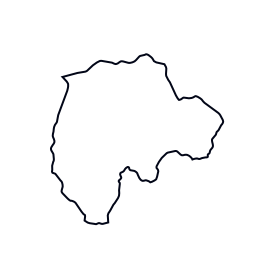 Lop Buri, orthographic projection, rotated 333°
{"feature_id": "THA-408", "entity_name": "Lop Buri", "entity_type": "Province", "adm_level": 1, "iso_a3": "THA", "parent_name": "Thailand", "parent_adm1": "", "projection": "orthographic", "projection_center": [100.946, 15.077], "detail": "fine", "context": "isolated", "style": "outline", "palette": "ink", "viewbox_px": 256, "rotation_deg": 333, "n_neighbors": 0, "source": "natural_earth", "source_scale": "10m", "svg_char_len": 3615}
<svg xmlns="http://www.w3.org/2000/svg" viewBox="0 0 256 256"><g transform="rotate(333 128 128)"><path d="M189.4,87.7L189.5,91.0L189.1,92.5L186.4,97.1L185.7,98.9L185.7,103.4L186.1,106.3L185.5,120.7L185.7,124.1L186.1,126.0L186.7,126.3L187.4,126.4L188.1,126.5L188.8,126.4L190.2,126.2L190.8,126.1L191.4,126.2L191.9,126.5L195.8,129.2L198.3,130.1L199.7,130.3L200.4,130.3L201.8,130.2L202.4,130.2L202.9,130.4L203.3,130.8L204.3,131.9L205.9,134.5L206.6,136.1L207.0,138.3L207.6,140.3L215.3,155.6L215.8,157.1L216.0,158.5L216.1,163.8L215.9,164.8L215.7,165.5L215.3,166.0L214.9,166.4L214.4,166.8L213.4,167.4L212.3,167.8L207.9,170.9L206.7,171.4L205.5,171.7L205.0,172.0L204.6,172.4L203.4,173.7L202.9,174.0L198.4,175.9L197.9,176.2L197.5,176.6L197.1,177.4L196.7,178.6L196.2,180.8L195.8,182.0L195.4,182.8L195.0,183.2L194.6,183.6L194.1,183.9L191.8,184.9L191.3,185.2L190.9,185.5L190.1,186.4L189.7,186.9L189.3,187.3L188.8,187.6L187.5,187.7L187.0,188.0L186.7,188.5L186.2,189.6L185.8,190.0L185.2,190.0L184.6,189.8L183.5,189.3L180.3,188.4L178.1,188.2L177.5,188.0L177.0,187.7L175.6,186.4L175.4,186.4L174.5,186.0L172.6,185.5L171.1,185.3L171.1,184.3L170.9,183.1L170.0,180.8L169.3,179.8L168.6,178.9L167.6,178.2L166.5,177.7L165.2,177.4L164.5,177.2L164.0,176.9L163.5,176.6L163.2,176.1L162.8,175.6L161.3,171.5L161.0,171.0L160.6,170.5L160.1,170.2L159.5,169.9L152.3,168.0L151.0,168.0L144.5,170.0L140.1,172.3L136.1,175.1L135.5,176.0L135.3,176.8L135.5,177.4L135.7,178.7L135.6,179.4L135.4,180.0L135.2,180.5L131.8,184.6L129.8,186.5L127.8,186.8L125.0,186.8L123.2,186.5L122.6,185.3L122.3,184.8L120.7,183.1L120.2,182.7L119.7,182.5L118.3,182.2L117.7,182.0L117.2,181.8L116.7,181.4L116.4,181.0L116.1,180.5L115.8,179.9L115.4,177.9L115.4,177.1L115.5,174.2L115.6,173.3L115.7,172.6L115.6,171.9L115.4,171.3L115.2,170.8L114.6,169.7L114.3,169.3L113.9,168.9L111.0,166.7L110.7,166.2L110.6,165.7L110.6,165.0L110.9,163.9L110.8,163.3L110.5,162.9L110.0,162.6L109.1,162.6L108.2,162.7L106.8,163.2L104.9,164.4L104.3,164.5L103.7,164.7L101.5,164.6L100.9,164.7L100.4,165.1L99.9,165.8L99.7,167.0L99.6,168.7L99.3,169.4L98.7,169.8L97.6,170.3L96.7,170.4L96.0,170.7L95.6,171.1L95.5,171.9L95.6,172.6L95.7,173.3L95.2,174.3L91.8,179.4L90.6,182.1L89.3,184.2L88.5,184.9L87.3,185.9L82.1,188.9L80.2,189.7L74.5,193.6L71.8,195.1L70.3,196.7L67.5,203.2L62.1,202.0L61.1,201.5L60.0,200.5L59.4,199.8L58.6,199.4L55.9,199.2L54.0,197.8L50.6,195.4L49.1,193.9L47.3,190.8L49.7,187.2L50.1,186.1L49.7,185.2L49.3,184.7L48.6,181.3L47.3,171.0L47.0,170.2L46.8,169.8L46.4,169.1L46.1,168.7L45.1,167.6L44.5,167.1L43.7,166.7L43.0,165.5L42.2,163.5L40.0,156.3L39.9,154.8L40.1,154.2L40.8,153.2L43.1,150.7L43.9,149.0L44.4,147.1L44.5,146.0L44.4,145.2L44.0,144.0L42.5,136.0L42.2,135.5L40.4,133.6L40.4,132.8L40.5,132.3L41.5,130.9L43.3,127.2L46.1,124.1L46.8,123.6L47.2,123.1L47.8,122.1L49.6,117.6L49.7,116.9L49.5,113.2L49.6,112.5L49.8,111.8L50.2,111.1L50.9,110.4L53.2,109.0L54.4,108.4L54.9,108.1L55.8,107.4L56.2,106.8L56.6,106.0L57.0,103.8L57.0,102.9L57.2,101.4L57.4,100.8L58.5,99.1L59.9,97.5L61.6,94.9L62.7,93.5L64.3,92.1L66.4,91.0L67.0,90.7L67.7,90.0L71.7,84.8L90.8,67.2L92.6,65.1L93.6,63.7L94.5,61.9L94.7,61.1L94.5,58.8L92.8,52.8L107.9,56.0L115.5,58.4L116.3,58.5L117.0,58.5L117.7,58.4L125.2,56.2L130.0,55.5L133.1,55.5L133.7,55.6L135.1,56.3L143.4,62.5L144.8,64.3L145.6,65.1L146.2,65.5L147.0,65.7L148.3,65.8L150.7,65.4L152.0,65.4L152.9,65.8L153.9,66.5L157.9,70.1L158.7,70.6L159.7,71.0L161.8,71.5L164.1,71.6L166.1,71.1L170.3,69.5L170.8,69.4L171.5,69.3L175.9,70.4L177.6,70.5L178.4,71.1L179.3,72.2L180.7,75.1L181.2,76.6L181.4,77.9L181.5,80.2L183.0,82.4L189.4,87.7Z" fill="none" stroke="#020617" stroke-width="2"/></g></svg>